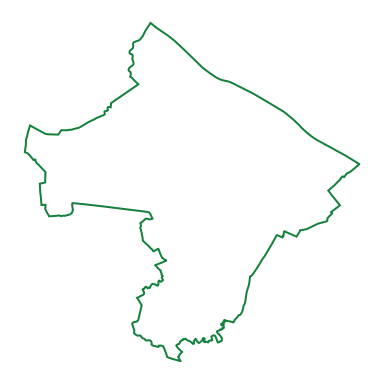 Binh Thuy, Hau Giang, Vietnam (Mercator projection)
{"feature_id": "81297802B33814118608654", "entity_name": "Binh Thuy", "entity_type": "district", "adm_level": 2, "iso_a3": "VNM", "parent_name": "Vietnam", "parent_adm1": "Hau Giang", "projection": "mercator", "projection_center": [105.717, 10.061], "detail": "fine", "context": "isolated", "style": "outline", "palette": "green", "viewbox_px": 384, "rotation_deg": 0, "n_neighbors": 0, "source": "geoboundaries", "source_scale": "gbopen_adm2", "svg_char_len": 5980}
<svg xmlns="http://www.w3.org/2000/svg" viewBox="0 0 384 384"><path d="M150.5,23.0L145.2,31.1L142.8,36.1L139.8,39.7L138.8,40.4L135.3,41.6L133.7,42.4L133.1,43.4L133.2,46.0L133.0,47.7L132.4,48.7L129.8,50.8L129.5,52.4L129.7,53.3L130.3,53.9L132.2,54.5L132.6,55.3L132.7,56.7L132.3,58.5L132.5,59.5L133.2,61.3L133.6,63.6L133.1,64.9L129.2,68.0L128.6,69.4L128.6,70.3L129.1,71.0L130.4,72.0L130.8,73.3L130.8,74.7L130.2,76.7L132.4,78.3L134.6,80.7L138.3,84.3L111.1,103.1L110.7,107.3L108.7,106.9L108.0,107.2L107.5,107.9L107.4,108.4L108.0,110.0L107.6,110.5L107.1,110.8L106.2,111.1L104.6,111.3L104.4,111.6L104.8,114.0L104.5,114.6L104.1,114.9L97.8,117.5L95.8,118.4L94.7,119.1L88.3,122.2L80.9,126.7L78.5,127.9L74.5,128.8L72.1,129.6L68.0,130.0L67.4,130.3L61.5,130.2L61.1,130.4L58.3,134.6L48.5,134.3L46.4,134.1L44.7,133.5L30.0,125.5L27.8,132.8L27.4,134.3L27.3,135.8L26.2,139.0L25.9,141.1L25.9,144.4L24.8,152.1L25.8,152.5L27.9,153.5L29.9,155.5L33.4,159.9L33.9,160.2L34.9,159.5L35.3,159.6L35.9,161.9L37.1,163.6L38.3,164.5L43.1,169.6L45.3,171.8L45.5,172.2L45.2,174.8L45.5,175.3L45.3,176.3L45.3,177.5L45.1,179.4L45.3,181.4L45.2,182.0L45.0,182.5L44.1,182.8L39.8,183.7L40.3,193.3L40.6,194.6L41.5,205.0L45.5,204.8L45.6,206.1L45.2,208.8L45.4,209.4L46.0,210.3L46.4,211.1L46.6,212.0L48.5,215.0L49.1,216.3L56.8,215.8L59.1,215.4L59.6,215.5L60.5,216.1L61.0,216.2L61.7,215.9L63.4,215.7L65.0,215.8L70.0,214.4L72.0,212.7L72.9,210.1L72.7,208.7L72.2,205.8L72.2,204.4L72.3,203.3L72.6,203.1L83.1,204.1L102.3,206.3L145.0,211.6L147.5,212.0L149.3,212.5L150.1,213.6L152.5,218.6L150.9,219.2L149.7,219.4L149.0,219.3L147.0,218.7L146.1,218.6L145.4,218.9L143.4,220.9L140.3,223.2L140.8,224.6L140.9,225.2L140.9,226.1L140.2,227.6L140.8,229.3L141.7,233.1L142.2,236.1L142.5,237.0L142.8,240.6L150.0,247.4L150.9,248.5L152.2,249.5L153.3,251.2L153.6,251.3L154.1,251.1L157.9,248.9L158.2,248.8L158.5,249.1L160.5,254.4L162.0,257.6L162.5,258.1L163.2,258.5L164.7,259.7L166.1,260.3L166.1,260.7L165.1,261.2L164.7,261.2L163.6,261.9L155.3,265.1L155.2,265.3L156.3,266.2L157.2,267.6L160.6,270.5L160.8,270.8L160.7,271.8L161.7,273.5L161.5,274.6L162.5,275.8L162.7,276.3L162.6,276.6L162.0,277.1L161.8,278.0L162.9,279.6L163.0,279.9L162.9,280.2L162.2,280.9L161.4,281.5L160.8,281.7L160.2,281.5L159.6,280.8L159.3,280.6L159.0,280.7L158.7,281.0L158.4,281.9L158.4,284.3L158.0,285.0L158.0,285.4L157.1,285.6L155.0,284.3L152.6,283.9L152.2,284.0L151.8,284.4L150.3,286.5L149.9,287.7L149.6,287.9L148.3,287.7L147.7,288.3L146.2,286.8L145.9,286.8L144.6,287.6L144.4,288.5L144.0,288.9L142.7,289.2L142.6,289.4L144.0,292.3L144.0,293.7L143.8,294.3L143.2,294.8L137.0,297.8L139.3,301.3L141.7,305.3L138.3,319.8L137.9,320.6L136.4,321.7L134.1,322.1L133.5,322.3L132.9,322.7L132.3,323.4L132.2,323.8L132.3,324.4L134.2,329.9L134.4,330.8L134.0,333.1L134.3,333.6L136.9,335.4L137.6,335.7L138.2,335.7L139.2,335.4L140.3,335.6L141.3,336.5L141.6,337.5L142.1,337.9L144.4,338.9L145.3,340.0L145.8,340.3L146.3,340.5L147.0,340.6L148.9,340.2L150.3,340.5L151.3,341.8L151.6,342.8L151.7,343.5L151.5,344.5L151.8,344.9L153.6,345.9L154.0,346.1L155.4,346.1L157.7,346.9L158.3,346.9L158.5,346.8L158.7,345.7L159.0,345.6L159.9,345.7L161.3,345.5L162.1,345.9L163.0,346.1L163.4,347.1L163.8,347.6L164.4,348.7L164.5,349.5L166.0,353.1L167.2,357.0L169.4,357.9L172.2,358.8L180.0,361.0L180.4,360.9L178.2,357.1L178.3,356.7L179.0,356.3L179.3,355.2L180.4,353.7L182.1,352.0L178.1,348.2L177.4,347.4L176.3,345.6L176.7,344.9L177.2,344.6L178.0,344.2L178.8,344.1L179.4,343.6L179.8,342.9L180.1,341.7L180.4,341.3L180.8,341.3L181.2,340.5L181.7,340.3L182.8,340.1L182.9,339.2L183.1,339.0L184.1,339.2L184.4,339.2L185.0,338.8L185.3,338.7L185.8,339.0L187.6,340.4L189.7,341.1L190.2,341.7L191.6,342.5L192.7,343.7L193.2,343.9L193.7,343.8L194.0,343.3L194.1,342.6L193.8,341.2L194.9,339.9L195.3,339.0L195.7,338.9L196.0,339.1L197.1,341.4L198.5,342.8L199.0,342.9L199.5,342.8L200.6,341.6L201.9,340.8L202.6,339.6L203.0,338.3L203.8,338.1L204.7,338.6L204.7,338.9L204.6,339.5L203.9,341.1L204.0,341.6L204.5,342.1L205.0,342.2L205.9,341.7L206.6,341.6L207.0,341.8L207.9,342.4L208.3,342.3L208.5,342.0L208.8,341.0L209.2,340.7L210.7,340.4L211.6,340.6L212.2,340.2L212.1,339.2L211.5,337.7L211.5,337.0L211.9,336.2L212.3,335.9L213.7,335.3L214.9,335.7L215.4,336.3L217.8,342.4L218.8,342.3L219.3,342.1L220.0,341.4L221.3,341.2L221.6,341.0L221.8,340.7L221.8,338.9L221.9,338.0L220.0,335.4L219.0,334.5L218.8,333.9L218.7,333.7L217.9,333.4L217.0,332.0L217.0,331.6L217.3,331.1L217.8,330.8L218.7,330.6L219.4,330.2L220.3,329.4L220.5,329.4L221.1,329.9L221.4,329.8L222.2,328.9L222.3,328.1L222.5,328.1L223.1,328.4L223.5,328.2L223.8,327.9L223.8,327.3L223.4,326.5L223.4,326.1L223.8,325.5L223.8,325.1L223.7,324.8L223.4,324.6L222.5,324.4L222.1,324.6L221.9,324.7L221.9,325.2L221.7,325.3L221.4,325.1L221.2,324.2L221.3,323.8L221.6,323.6L222.6,323.6L222.8,323.5L223.0,322.6L223.8,323.0L224.0,322.9L224.1,322.7L224.0,322.1L224.1,321.9L224.8,321.6L224.0,320.4L224.3,320.1L224.6,320.0L226.4,320.8L230.8,321.6L233.0,322.3L233.5,322.3L233.8,321.9L234.9,319.7L237.7,316.7L238.9,315.1L239.9,314.9L240.4,314.6L241.8,312.5L242.5,310.7L243.0,308.8L243.6,305.7L244.7,303.7L245.1,302.6L246.5,293.1L247.2,290.3L248.8,285.3L249.3,283.0L249.9,277.7L250.1,276.4L251.4,275.9L253.0,274.0L257.1,267.9L260.7,262.1L262.9,258.4L264.7,256.1L272.4,243.1L276.6,235.3L277.2,235.2L278.0,235.5L282.3,237.4L282.8,236.0L283.3,236.2L284.1,231.5L284.7,231.3L287.3,232.6L296.5,236.6L300.0,231.1L300.0,230.4L306.4,229.2L307.7,228.7L317.9,223.7L326.8,221.3L327.3,220.8L327.5,218.2L332.2,213.3L331.0,212.1L336.9,207.7L339.9,205.3L331.8,195.2L328.3,190.5L334.6,185.1L340.7,178.9L340.7,178.2L342.3,176.6L342.7,176.4L343.2,176.5L344.0,177.1L344.3,176.9L346.8,173.4L349.2,172.4L350.7,171.5L358.8,164.7L359.2,164.0L345.3,155.5L316.9,140.0L312.2,136.9L307.6,133.3L301.0,127.3L299.7,125.6L292.6,118.9L284.3,112.1L270.6,103.8L254.1,94.1L231.6,82.7L228.4,81.5L223.2,80.4L220.0,79.4L216.1,77.4L210.3,73.5L202.8,67.9L183.8,49.4L174.3,40.6L168.8,36.2L157.1,28.2L150.5,23.0Z" fill="none" stroke="#15803d" stroke-width="2"/></svg>